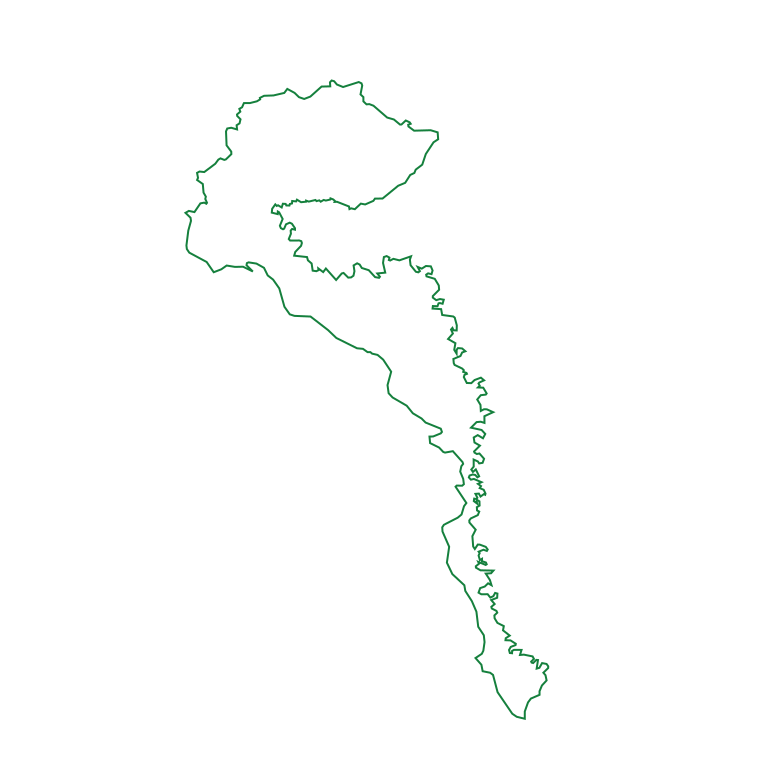 Ipixuna do Pará, Pará, Brazil, rotated 286°
{"feature_id": "56859067B6005115981824", "entity_name": "Ipixuna do Pará", "entity_type": "district", "adm_level": 2, "iso_a3": "BRA", "parent_name": "Brazil", "parent_adm1": "Pará", "projection": "robinson", "projection_center": [-48.107, -2.938], "detail": "fine", "context": "isolated", "style": "outline", "palette": "green", "viewbox_px": 768, "rotation_deg": 286, "n_neighbors": 0, "source": "geoboundaries", "source_scale": "gbopen_adm2", "svg_char_len": 6166}
<svg xmlns="http://www.w3.org/2000/svg" viewBox="0 0 768 768"><g transform="rotate(286 384 384)"><path d="M456.0,226.9L460.3,219.1L462.4,218.9L463.6,220.3L464.6,228.2L462.6,236.6L456.3,242.3L453.8,248.6L447.0,257.0L430.8,267.0L425.0,274.2L424.8,279.1L428.6,294.8L420.4,315.4L415.1,325.5L410.9,348.2L412.0,354.1L410.1,359.4L410.9,362.1L409.9,364.2L410.2,369.8L407.2,376.5L397.8,387.5L383.9,387.7L376.4,391.0L373.4,396.0L369.4,411.8L363.8,419.8L361.2,429.6L358.4,434.6L356.7,450.9L353.9,452.9L352.2,452.2L347.1,445.7L346.0,442.2L339.9,444.6L338.1,454.5L335.0,459.7L334.9,461.6L338.4,468.7L330.6,481.0L329.0,482.1L326.3,481.0L320.8,481.4L314.6,486.3L309.7,488.4L307.8,487.2L306.4,481.9L305.0,481.1L292.3,496.0L288.6,494.6L279.9,494.5L275.8,491.7L265.2,480.4L262.3,479.5L258.3,480.9L245.5,491.5L229.6,493.7L220.1,502.1L212.7,516.7L207.5,519.2L199.5,528.3L190.6,535.6L176.6,541.5L170.0,549.2L163.6,551.8L155.0,553.0L151.6,552.4L145.8,547.5L141.0,555.0L135.1,558.0L135.7,565.6L134.4,569.0L119.1,578.1L102.4,598.2L100.7,603.3L101.0,611.6L108.0,609.6L117.6,610.2L122.1,611.9L128.1,619.2L131.5,618.2L137.7,618.9L143.9,622.0L148.6,619.5L150.4,616.8L156.2,620.1L157.9,619.7L159.7,617.4L159.3,612.9L154.0,611.6L152.5,609.2L161.1,608.1L160.8,606.5L156.9,604.3L156.9,602.7L157.7,602.0L161.1,603.9L163.1,601.9L162.4,593.0L161.0,589.4L166.3,589.5L164.3,582.3L162.7,580.7L160.5,581.3L160.1,579.1L162.8,577.5L166.2,578.3L169.3,582.4L170.6,582.3L172.4,576.3L171.2,571.4L173.2,571.1L176.8,574.2L180.0,566.3L184.3,565.9L185.6,558.9L189.3,554.9L192.0,553.9L195.4,555.9L196.9,554.6L197.9,549.5L199.4,548.6L203.0,551.0L205.9,546.6L209.7,551.7L213.8,550.8L213.8,548.4L210.2,547.6L208.0,545.1L210.5,541.6L208.7,535.5L209.5,532.4L214.3,532.7L217.1,536.7L221.1,539.0L220.2,542.8L224.8,539.8L229.8,534.1L231.6,539.1L234.8,540.6L231.5,528.1L232.8,523.0L234.1,522.5L237.5,524.9L239.0,523.6L238.1,531.6L239.0,532.4L240.5,531.2L240.7,527.0L243.0,526.4L241.2,524.7L245.2,522.2L247.8,522.6L248.9,521.2L252.1,525.3L251.9,528.9L253.5,529.3L255.5,526.7L256.0,520.4L255.5,518.4L250.4,516.8L252.4,514.5L262.1,510.9L269.2,512.3L274.4,504.3L276.4,503.6L278.7,504.5L283.8,510.3L287.6,510.7L288.1,508.3L291.2,507.2L293.5,509.4L297.5,508.1L298.1,505.9L297.0,505.2L294.7,506.5L296.2,502.6L298.7,502.3L298.9,504.6L300.4,505.1L303.6,502.2L304.8,505.4L302.4,507.8L305.7,510.4L305.4,511.8L306.6,511.8L309.8,509.0L310.3,504.7L312.6,505.4L313.9,501.8L316.5,504.8L317.5,496.6L316.0,493.9L317.6,491.3L319.6,491.5L321.5,494.3L321.7,496.9L320.0,499.5L321.5,500.9L327.2,495.8L324.0,493.7L325.8,491.5L329.3,493.0L336.1,491.0L335.4,495.6L333.9,497.4L335.4,500.5L339.7,500.8L343.5,494.9L342.3,492.5L343.0,489.9L344.0,489.2L351.2,493.2L352.7,487.1L357.3,485.0L360.7,488.2L359.1,494.1L363.9,495.1L366.7,490.5L366.0,479.7L372.9,483.5L374.4,487.4L374.3,491.3L380.7,489.4L387.0,496.7L388.0,489.8L387.3,487.1L384.8,484.5L390.5,482.5L394.8,477.9L399.9,480.1L401.9,484.8L403.2,485.3L407.8,480.4L406.6,475.3L408.7,476.5L410.5,474.7L411.7,475.2L415.1,479.2L416.8,475.4L412.8,470.0L408.9,467.7L407.8,463.3L412.7,458.8L415.1,458.9L416.6,460.9L417.4,460.2L417.5,456.8L419.3,456.9L420.4,454.9L421.8,446.6L423.3,445.3L427.2,443.8L432.0,449.8L435.8,450.4L437.9,453.2L439.7,449.3L438.9,445.2L437.0,444.4L433.2,445.4L436.2,442.1L442.9,441.4L444.9,433.2L451.5,436.3L454.8,433.4L456.8,434.3L454.8,436.1L455.5,439.1L460.5,437.8L467.3,433.7L468.0,432.0L466.4,420.9L471.7,418.3L469.9,409.9L472.4,409.5L473.5,414.0L476.6,414.2L477.2,415.4L477.3,418.2L481.5,418.2L481.1,414.4L479.0,411.1L480.5,407.1L482.0,406.7L489.8,411.0L493.8,409.5L499.1,403.8L499.2,395.2L500.7,394.4L502.5,395.9L502.7,399.4L506.5,399.4L510.0,396.6L509.0,391.8L505.3,388.5L505.8,384.1L502.4,387.4L500.8,386.2L500.7,383.7L505.5,376.8L510.7,374.6L514.2,374.8L507.1,364.7L506.9,358.5L504.4,355.9L504.5,354.5L507.0,354.4L507.7,351.3L506.0,348.9L500.1,349.7L491.4,354.5L488.4,347.1L486.0,350.5L484.7,350.0L484.3,346.0L489.2,338.0L489.4,330.7L492.1,327.7L492.6,324.9L489.6,322.1L484.3,324.5L479.7,324.8L477.4,323.0L476.4,320.3L479.6,314.5L478.6,312.9L470.8,309.3L479.0,296.3L474.8,294.7L477.0,289.0L475.4,289.7L473.8,287.9L473.3,284.2L479.9,281.2L481.9,276.8L484.8,275.0L482.6,262.3L486.5,262.3L494.0,266.2L496.9,266.2L498.5,265.1L498.6,263.0L496.0,254.2L497.1,252.5L502.8,253.1L505.7,252.0L507.7,252.9L507.8,255.9L509.2,255.5L512.7,251.3L513.1,248.9L510.5,245.8L505.8,245.2L504.9,244.3L505.4,241.9L507.4,240.3L514.7,241.1L520.1,235.9L520.5,234.4L518.0,235.0L517.8,228.9L521.6,228.2L526.7,230.0L525.6,231.8L526.6,232.9L525.5,237.0L529.4,237.1L530.0,239.8L528.7,240.9L529.5,243.9L531.1,243.9L532.2,245.8L534.6,245.3L535.3,249.2L537.2,249.5L535.9,254.2L537.8,258.9L538.8,258.6L538.6,261.4L542.0,267.4L541.2,268.7L542.7,271.2L541.8,272.9L544.3,275.3L544.3,277.5L546.5,281.5L547.7,281.4L547.4,284.4L546.4,286.4L545.4,286.3L546.2,288.6L545.0,301.4L542.6,302.6L543.8,304.0L544.0,307.8L551.0,312.0L551.4,316.4L557.1,323.3L559.7,324.2L561.9,331.5L578.5,343.0L583.2,348.9L592.2,351.6L595.2,355.0L598.8,355.4L605.4,360.3L616.6,360.8L630.0,365.0L634.2,368.6L640.7,366.2L640.8,358.9L635.8,343.1L638.3,336.5L639.9,335.8L641.5,337.9L642.6,336.6L643.3,332.3L638.3,329.3L637.8,327.9L641.0,320.6L641.0,313.6L648.6,297.2L649.0,292.8L648.0,290.1L650.0,286.3L654.1,285.1L655.9,281.6L664.9,280.8L666.8,279.5L667.3,276.5L658.2,262.8L658.9,256.2L661.3,252.6L661.3,250.0L659.1,248.9L655.3,250.3L652.7,242.0L640.0,234.0L636.0,228.7L636.3,223.2L639.2,217.8L641.0,209.7L636.3,207.9L630.9,198.2L628.0,189.3L624.8,185.8L623.5,186.5L620.7,183.9L617.1,177.7L615.4,171.9L610.9,171.3L608.6,169.1L606.2,170.8L602.6,168.4L601.2,169.0L598.9,173.1L594.7,173.3L592.1,171.0L588.2,172.6L588.2,166.5L586.4,162.9L583.3,162.5L570.0,166.9L565.3,173.1L562.9,173.9L556.3,170.1L555.4,168.7L555.8,164.6L554.0,162.9L549.2,161.1L538.2,152.8L537.4,148.1L535.4,146.1L530.9,148.4L528.6,148.1L526.3,154.7L518.2,157.8L515.0,161.1L512.6,161.2L509.4,163.9L508.3,163.5L508.8,161.2L507.0,157.7L497.0,154.4L496.6,148.7L493.8,146.0L490.5,152.2L487.6,153.5L477.5,153.6L462.7,155.9L459.4,157.3L456.6,160.6L452.4,179.9L444.5,189.5L449.4,196.0L454.5,200.1L455.5,208.5L457.9,216.2L456.0,226.9Z" fill="none" stroke="#15803d" stroke-width="2"/></g></svg>